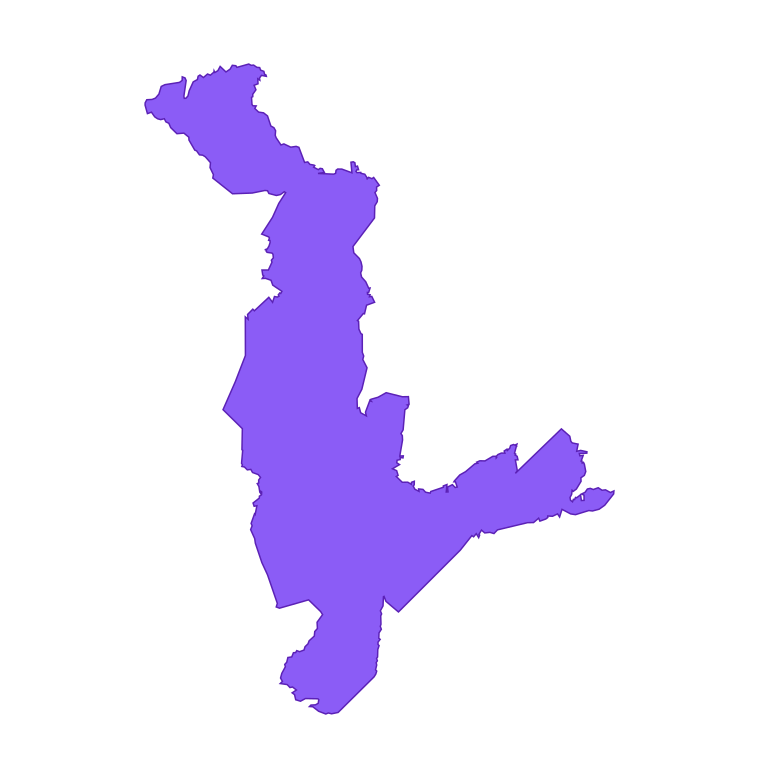 Tenamaxtlán, Jalisco, Mexico, rotated 177°
{"feature_id": "50627088B22076648186197", "entity_name": "Tenamaxtlán", "entity_type": "district", "adm_level": 2, "iso_a3": "MEX", "parent_name": "Mexico", "parent_adm1": "Jalisco", "projection": "robinson", "projection_center": [-104.169, 20.135], "detail": "fine", "context": "isolated", "style": "filled", "palette": "violet", "viewbox_px": 768, "rotation_deg": 177, "n_neighbors": 0, "source": "geoboundaries", "source_scale": "gbopen_adm2", "svg_char_len": 6143}
<svg xmlns="http://www.w3.org/2000/svg" viewBox="0 0 768 768"><g transform="rotate(177 384 384)"><path d="M222.6,243.1L217.5,245.2L215.6,242.0L212.8,249.5L204.4,244.5L199.6,243.5L186.1,246.9L182.4,246.3L175.7,247.7L169.9,251.4L160.4,262.2L160.0,265.2L163.6,263.8L168.3,266.7L171.8,266.5L175.5,269.2L180.5,267.7L183.5,269.0L186.4,268.5L188.9,265.3L192.5,263.8L190.1,262.6L190.3,257.3L193.0,257.3L193.5,263.1L197.6,260.3L198.7,260.7L199.7,258.6L200.9,258.9L201.9,256.5L203.8,258.1L204.2,260.9L202.4,263.9L201.7,268.0L200.6,266.9L197.4,269.0L192.3,276.5L192.3,280.0L188.7,282.3L187.1,286.0L188.1,293.4L188.9,295.3L190.2,294.7L190.4,296.8L191.1,296.8L188.8,302.3L192.2,302.1L192.6,304.4L185.1,304.3L184.9,305.7L191.1,307.4L195.1,306.7L193.3,313.8L199.1,315.3L200.4,317.0L201.2,322.1L209.2,329.9L257.5,287.9L255.4,290.4L256.8,301.3L254.2,301.3L254.8,304.8L256.8,306.2L256.1,307.1L257.3,308.0L254.4,317.0L255.6,316.5L255.2,315.5L257.8,316.8L260.8,315.9L261.8,313.3L264.3,311.2L264.6,312.5L267.5,310.8L266.9,308.6L270.4,308.9L273.9,307.6L275.7,305.9L275.3,304.8L275.8,304.3L275.8,306.0L279.1,306.1L287.2,301.9L292.3,302.3L295.5,301.1L294.5,300.0L297.5,299.5L307.1,292.2L313.1,289.2L318.7,283.6L319.3,282.7L317.8,282.6L316.3,277.3L318.3,276.9L321.0,279.9L326.0,277.7L325.7,272.9L327.5,272.9L326.4,280.3L330.1,279.1L330.1,277.8L342.9,274.2L343.6,272.6L348.2,273.8L350.6,276.7L354.9,277.4L354.7,275.0L358.7,277.3L360.2,280.6L359.1,281.7L358.8,285.3L361.7,284.4L362.0,282.4L365.4,284.7L370.9,284.9L376.6,291.0L374.7,292.0L375.9,296.8L380.0,298.9L372.7,302.7L375.4,304.7L374.9,307.2L371.8,307.7L371.7,309.7L368.9,309.2L368.5,311.2L372.0,311.3L368.4,327.1L368.4,331.5L369.7,333.6L367.3,337.2L364.5,357.2L361.6,359.0L360.7,361.3L361.8,361.9L360.0,362.5L360.3,370.1L366.3,370.3L382.3,375.2L390.6,371.1L397.9,369.4L398.7,368.9L397.6,367.4L399.2,367.8L404.0,356.8L403.3,353.1L408.8,356.5L409.9,361.7L411.9,361.0L411.7,370.9L406.4,379.9L400.1,401.1L403.9,409.6L402.8,413.0L404.0,416.7L403.1,434.7L404.4,435.5L406.2,440.1L406.1,448.0L407.2,448.7L400.9,455.5L399.8,455.1L397.3,463.6L389.1,466.1L391.6,472.1L394.0,471.9L393.2,473.9L395.7,474.4L395.8,476.3L394.5,476.2L392.9,480.6L394.3,480.5L396.9,487.1L400.8,492.0L401.5,496.2L400.2,498.8L399.8,502.7L400.6,507.2L402.0,510.6L407.3,516.6L407.8,522.9L384.8,550.3L383.9,562.4L381.2,566.4L380.8,569.7L383.0,575.7L381.2,577.6L381.1,581.1L378.3,582.7L383.5,590.8L385.3,589.7L388.6,591.2L390.5,589.2L390.0,590.6L392.2,594.5L396.0,595.6L396.1,596.5L400.0,596.5L400.9,597.8L399.9,599.3L398.2,599.3L399.1,603.0L401.2,602.6L401.5,606.5L403.1,607.5L405.4,607.2L405.0,596.6L414.8,600.8L419.0,601.1L420.7,599.9L421.3,596.9L423.3,596.2L438.9,597.7L432.5,598.4L434.3,602.2L436.5,602.7L438.4,601.5L442.9,604.2L441.7,605.8L442.6,606.3L446.5,607.2L448.5,609.8L451.7,609.4L456.6,624.8L459.3,625.9L464.7,625.4L471.4,629.0L474.4,628.1L478.8,635.5L479.6,638.0L479.0,642.6L480.5,645.7L483.5,647.6L486.3,657.8L490.1,661.1L495.0,662.1L498.6,665.9L497.1,668.4L500.3,668.7L501.2,670.0L501.3,677.2L500.0,677.8L499.9,680.2L496.5,684.5L498.1,689.1L494.1,690.4L494.1,695.4L492.1,693.9L492.3,696.1L490.2,698.6L485.4,697.4L485.7,698.8L487.0,699.4L487.6,702.5L490.8,703.9L491.6,706.5L494.4,706.9L497.5,709.3L500.0,709.2L502.3,710.6L514.3,707.9L515.3,709.6L518.8,710.2L521.2,706.5L525.5,703.9L531.0,709.7L533.5,705.6L536.6,703.9L537.3,705.6L537.5,704.4L541.2,701.5L544.0,702.8L548.3,699.5L551.6,702.2L553.5,701.1L554.4,697.8L558.7,695.7L563.2,687.0L564.7,681.9L566.9,679.7L568.5,679.7L568.8,681.8L565.7,697.4L566.7,700.1L569.4,701.3L569.7,697.7L572.5,695.9L587.1,694.4L590.9,692.8L593.6,685.3L597.2,681.5L600.7,680.3L606.0,680.3L607.8,677.3L608.0,675.0L606.1,666.4L602.0,667.6L599.0,662.8L596.2,660.7L593.2,659.7L589.5,660.4L588.1,657.2L585.2,655.6L583.6,651.2L577.7,644.8L570.7,645.0L566.0,640.7L566.0,637.8L560.7,627.4L559.0,626.7L556.3,622.5L553.1,622.0L550.5,620.2L545.7,614.1L546.4,609.2L543.4,602.0L544.2,598.6L525.3,581.9L505.6,581.6L492.8,583.5L490.2,583.1L489.0,580.3L481.6,577.9L477.5,578.6L473.5,581.2L472.2,580.2L479.6,569.9L486.6,556.3L498.3,540.1L491.4,536.9L490.8,535.8L491.7,533.5L490.4,533.3L490.3,531.4L491.6,527.9L493.4,525.1L496.1,524.2L494.2,524.3L494.7,522.8L493.9,521.6L489.0,520.6L488.1,519.4L487.9,515.8L490.0,513.5L489.5,511.5L493.5,503.9L499.9,504.2L499.4,499.2L498.4,498.2L500.1,495.7L496.8,495.7L491.4,493.5L489.9,488.5L481.1,481.9L482.4,479.8L483.3,480.4L484.9,478.6L484.3,477.2L485.9,476.4L488.8,477.1L491.0,471.4L494.5,476.6L509.6,463.9L511.1,465.6L516.6,460.6L516.3,455.7L519.0,458.3L520.9,419.7L532.5,393.8L546.1,366.8L527.8,346.8L529.3,325.8L528.6,325.2L530.4,312.2L529.6,310.7L530.3,309.1L527.7,308.4L525.0,305.4L521.5,305.7L519.9,302.5L514.3,300.1L512.2,297.2L514.2,294.7L514.3,291.7L515.8,291.2L514.3,288.2L513.7,282.5L513.0,281.4L512.5,283.2L511.8,282.6L512.1,279.8L514.3,278.5L514.5,276.6L521.0,272.0L520.1,268.7L517.3,269.1L519.5,260.4L520.1,261.1L524.0,251.7L523.1,249.3L524.8,245.6L521.2,236.3L520.8,231.7L515.3,212.0L510.3,199.5L502.0,170.5L503.3,167.0L500.1,165.6L470.6,172.4L459.2,160.1L457.4,156.9L463.3,149.6L463.3,143.3L466.1,140.5L466.8,135.9L472.2,131.5L473.5,128.5L476.6,125.8L477.8,122.5L482.3,121.1L485.1,122.3L486.3,120.4L488.5,120.4L490.4,116.3L494.3,115.9L495.7,111.2L497.8,109.2L497.3,106.8L501.2,100.4L502.7,95.8L501.0,92.3L503.3,90.3L496.4,88.9L493.8,85.8L491.2,86.2L487.5,83.0L491.9,80.4L489.6,78.5L488.7,73.3L484.0,71.6L478.9,74.0L466.5,73.1L465.7,72.2L466.4,68.6L469.2,67.2L473.8,67.2L475.3,65.8L472.0,65.4L466.4,60.6L459.4,57.5L456.8,58.4L453.6,57.4L447.0,58.4L409.3,92.0L407.4,94.7L406.3,97.7L407.4,99.1L406.0,103.7L406.4,106.2L405.1,107.9L405.8,110.3L404.7,111.7L404.1,119.2L402.6,123.0L403.6,124.3L403.5,126.5L401.2,129.2L402.5,130.4L402.0,135.7L399.5,139.2L400.4,142.2L399.6,144.2L399.4,152.7L398.4,154.5L399.5,157.7L396.6,162.4L395.7,171.6L395.1,171.9L393.4,166.8L381.5,155.6L316.4,214.2L304.2,228.0L302.5,226.7L299.7,229.7L297.5,225.6L296.4,228.1L297.1,228.8L294.3,233.0L291.2,230.0L286.0,230.3L282.0,228.9L278.3,232.4L248.0,238.0L241.9,237.8L236.6,241.9L235.5,238.9L229.5,240.7L227.4,242.1L227.4,243.6L222.6,243.1Z" fill="#8b5cf6" stroke="#5b21b6" stroke-width="1.5"/></g></svg>